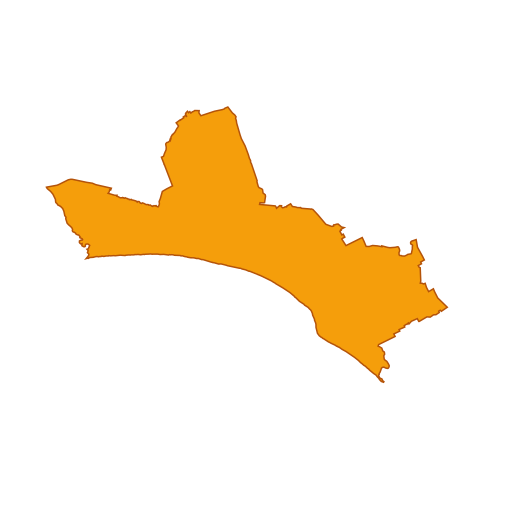 La Antigua, Veracruz, Mexico, rotated 145°
{"feature_id": "50627088B44278957593951", "entity_name": "La Antigua", "entity_type": "district", "adm_level": 2, "iso_a3": "MEX", "parent_name": "Mexico", "parent_adm1": "Veracruz", "projection": "mercator", "projection_center": [-96.303, 19.318], "detail": "fine", "context": "isolated", "style": "filled", "palette": "amber", "viewbox_px": 512, "rotation_deg": 145, "n_neighbors": 0, "source": "geoboundaries", "source_scale": "gbopen_adm2", "svg_char_len": 6133}
<svg xmlns="http://www.w3.org/2000/svg" viewBox="0 0 512 512"><g transform="rotate(145 256 256)"><path d="M396.6,351.3L395.4,350.9L394.9,350.3L394.2,350.1L393.9,350.4L393.4,350.3L390.1,348.3L387.4,347.3L386.2,346.5L385.5,345.7L384.9,345.5L383.1,344.4L382.6,344.4L382.0,344.0L380.9,342.9L379.0,342.1L376.9,340.7L376.5,340.8L375.0,339.5L372.4,338.0L371.1,336.9L366.7,334.5L362.9,331.4L362.2,331.3L359.4,329.7L358.5,328.9L357.7,328.6L355.3,326.9L354.4,326.7L353.4,325.9L351.8,325.0L349.7,323.1L347.3,322.0L346.7,321.3L345.9,321.1L342.5,318.9L341.4,318.3L340.2,317.2L335.5,314.0L333.7,312.2L330.7,310.3L327.0,306.9L326.0,306.7L325.5,306.1L324.4,305.5L323.1,304.4L322.4,303.4L317.8,299.9L317.4,299.1L316.3,298.5L314.7,296.4L313.2,295.0L312.6,294.1L310.6,292.1L307.9,290.1L306.1,288.0L304.6,287.0L302.4,284.0L301.6,283.6L296.1,276.5L295.6,276.1L295.0,275.1L294.4,274.8L291.2,270.8L289.2,269.6L285.5,265.3L285.1,264.6L276.6,255.5L275.6,254.7L274.9,253.4L272.5,250.7L270.4,247.4L270.0,247.3L263.2,236.8L257.6,226.7L256.6,224.2L256.1,223.4L255.7,222.0L252.2,214.3L249.2,206.7L247.7,201.0L247.8,200.2L247.3,199.0L246.4,193.9L244.4,189.0L244.4,187.9L242.8,184.1L242.5,181.6L242.2,180.8L242.2,179.2L242.8,176.5L243.5,175.1L244.3,170.8L244.9,169.8L245.5,167.1L246.1,165.6L247.8,163.1L250.0,157.4L249.9,154.1L249.6,153.5L249.4,152.5L248.8,151.4L248.5,150.1L248.0,149.3L245.9,144.0L245.2,142.9L244.8,141.9L242.4,137.7L241.6,135.7L241.2,135.4L240.9,134.4L240.2,133.5L239.1,130.3L237.0,126.0L233.4,116.4L232.0,111.7L231.5,108.7L230.9,106.9L230.4,104.7L229.6,102.9L229.0,99.8L228.5,98.9L228.6,98.7L228.4,97.3L227.0,92.2L226.0,89.7L225.9,87.1L225.6,85.7L225.7,83.9L225.3,81.2L224.5,80.5L224.3,79.7L224.0,79.4L223.3,79.7L223.7,80.9L223.4,83.2L224.5,84.8L224.3,87.2L224.2,87.6L223.6,88.2L223.1,88.2L222.6,89.0L220.8,89.8L217.6,92.1L216.5,92.3L215.4,91.9L214.8,91.3L214.1,89.9L213.1,88.8L212.4,88.3L211.8,88.3L210.9,88.7L209.9,89.5L209.5,91.0L209.3,93.6L209.3,94.8L210.0,96.6L210.1,98.0L209.0,100.2L208.3,101.2L207.1,101.6L206.3,102.9L206.0,104.0L206.5,105.0L206.5,105.9L205.8,108.4L206.8,110.7L207.7,112.1L206.4,113.1L188.2,110.3L187.8,113.1L181.3,112.0L181.0,113.7L174.9,112.5L174.5,113.9L171.8,113.8L171.5,113.4L169.6,113.8L169.7,112.6L166.1,113.4L159.8,112.2L160.2,109.0L159.9,108.8L150.9,108.1L148.3,106.0L144.3,106.0L142.3,104.7L138.3,104.6L138.0,106.0L136.2,105.9L135.9,104.4L128.7,104.3L131.2,117.4L130.2,124.3L129.5,127.4L135.0,127.8L134.4,132.4L133.1,136.6L134.8,137.0L135.6,138.4L137.0,139.5L135.4,141.0L128.2,152.2L128.8,153.2L128.6,155.1L124.9,154.7L124.6,156.6L120.4,156.2L119.8,160.1L118.7,170.5L115.4,177.6L120.0,178.9L121.2,178.7L121.7,178.3L122.3,177.2L121.6,175.5L121.6,175.0L122.8,173.7L124.0,172.0L127.2,169.0L127.9,168.9L130.8,170.3L132.4,170.3L134.5,170.8L136.6,172.5L136.8,173.1L137.9,173.9L138.1,174.9L136.9,176.8L135.6,177.6L135.0,178.3L134.5,179.7L134.2,181.7L134.8,182.4L137.0,183.3L141.6,186.0L143.1,187.4L147.1,192.1L147.5,191.4L150.7,194.6L154.4,197.7L157.9,198.9L160.3,200.7L159.1,206.1L158.4,210.2L176.3,212.9L176.0,220.8L173.7,220.8L173.7,220.6L172.4,220.5L172.0,223.9L173.6,224.0L173.1,228.2L171.4,228.2L171.3,229.1L167.5,228.7L169.3,230.7L170.4,235.1L171.6,235.8L174.2,236.6L174.3,236.9L174.6,236.9L175.5,236.4L175.5,236.1L176.4,236.4L177.1,236.9L180.6,241.9L181.7,254.1L182.7,261.4L183.7,262.8L184.4,262.9L184.5,263.3L191.5,269.1L191.6,270.1L192.4,270.5L194.5,272.1L195.2,273.2L197.8,275.7L197.7,278.9L202.2,279.3L202.8,278.7L203.9,279.6L205.1,279.6L206.7,280.4L206.9,282.2L206.3,282.6L207.7,283.7L211.8,283.3L211.4,285.1L211.5,286.0L223.5,296.2L222.1,297.4L219.5,295.3L218.4,294.8L213.9,299.5L213.3,300.9L214.1,303.6L212.6,306.5L212.7,307.6L214.3,310.2L214.3,311.6L212.6,316.4L211.9,317.0L206.8,334.4L206.7,335.8L205.7,337.3L205.4,339.7L204.1,343.6L201.8,352.4L200.7,360.5L199.6,364.3L195.6,376.0L194.5,378.1L193.7,380.6L192.5,381.5L192.5,383.8L193.3,386.8L193.6,394.2L196.8,394.9L197.9,394.7L199.8,395.3L207.0,398.4L220.7,402.5L220.7,405.7L220.3,406.5L219.2,407.7L222.7,410.3L224.3,410.3L225.4,410.6L227.4,410.5L227.4,412.2L229.0,412.0L229.1,413.9L231.3,413.4L231.3,413.1L232.4,412.8L232.7,410.3L233.0,410.3L232.8,411.5L234.9,411.6L235.8,411.6L235.9,410.7L240.2,410.7L240.2,411.0L245.0,410.9L244.9,407.0L245.5,406.6L247.9,405.7L251.3,404.0L254.5,403.2L254.7,403.5L257.5,402.2L258.2,401.1L259.7,399.9L259.6,400.7L260.9,399.7L262.6,399.6L264.0,400.1L265.3,399.8L265.8,399.4L267.2,396.5L268.7,394.6L272.3,392.4L274.6,390.7L276.8,391.2L278.6,383.8L278.8,383.7L278.8,382.9L284.2,361.3L290.5,362.2L295.7,362.6L301.6,357.8L304.1,356.2L305.3,354.0L306.8,352.9L308.0,352.4L309.3,354.2L308.9,354.4L308.9,354.6L310.3,355.2L310.7,355.8L311.5,355.9L311.9,356.2L312.2,355.9L312.3,356.0L312.7,356.5L313.4,358.5L314.6,359.0L314.7,359.8L315.6,360.6L316.5,361.1L317.5,363.1L318.6,364.7L319.7,364.7L320.1,365.5L320.4,365.6L320.5,367.6L321.6,368.5L322.4,368.3L322.4,369.0L322.8,370.0L324.5,372.1L325.3,372.8L325.6,373.8L326.1,373.8L326.8,374.6L327.4,374.8L327.3,375.1L327.7,375.8L328.2,376.1L328.5,377.0L329.0,377.4L329.8,378.8L330.6,378.7L331.1,379.3L331.1,379.7L331.6,380.3L331.7,380.2L333.8,381.5L335.4,384.6L335.8,384.8L335.8,385.1L335.1,385.5L336.9,386.8L341.2,392.2L339.6,392.7L337.6,394.3L337.3,394.2L337.1,393.5L335.6,394.5L346.3,406.3L348.3,409.5L352.5,413.5L362.4,424.1L363.7,425.1L366.1,426.1L376.2,427.6L378.4,428.1L388.2,432.6L388.3,432.3L388.3,430.8L387.2,426.7L386.9,423.1L387.8,417.5L389.1,415.2L389.3,414.5L389.0,413.3L389.0,411.1L388.0,409.8L388.0,409.2L387.5,408.4L387.5,407.4L387.1,406.0L387.7,402.9L389.5,398.7L389.4,396.8L390.5,395.6L391.9,391.2L391.6,389.0L390.9,386.3L390.7,384.4L391.0,383.0L391.8,382.3L392.1,381.4L391.9,380.4L391.3,379.9L390.8,378.5L390.7,378.0L390.9,377.6L390.7,376.8L390.0,375.6L389.2,374.9L389.1,372.6L389.8,372.1L388.5,369.8L388.7,368.8L389.4,368.7L390.6,369.5L392.0,369.6L392.9,368.4L392.9,367.4L392.5,366.2L391.4,365.9L392.7,364.3L391.9,362.5L391.0,361.8L390.2,361.9L389.6,362.8L388.7,363.2L387.5,362.8L386.7,362.0L386.1,360.1L389.3,358.1L390.6,358.5L390.4,356.6L392.2,355.4L391.8,353.8L392.3,352.8L393.7,352.1L396.6,351.3Z" fill="#f59e0b" stroke="#b45309" stroke-width="1.5"/></g></svg>